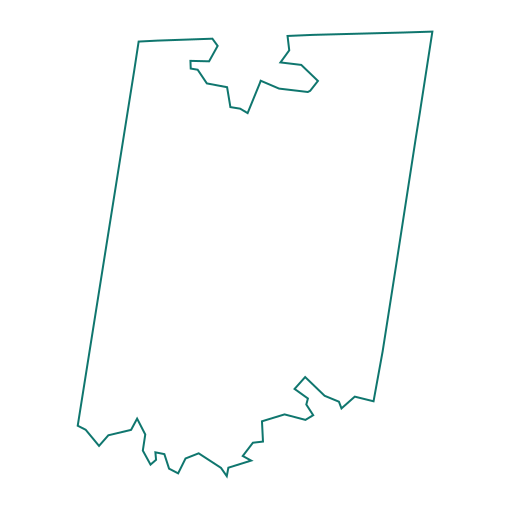 Pittsylvania, Virginia, United States of America (Natural Earth projection), rotated 178°
{"feature_id": "52423323B30264122776798", "entity_name": "Pittsylvania", "entity_type": "district", "adm_level": 2, "iso_a3": "USA", "parent_name": "United States of America", "parent_adm1": "Virginia", "projection": "natural_earth1", "projection_center": [-79.393, 36.839], "detail": "fine", "context": "isolated", "style": "outline", "palette": "teal", "viewbox_px": 512, "rotation_deg": 178, "n_neighbors": 0, "source": "geoboundaries", "source_scale": "gbopen_adm2", "svg_char_len": 999}
<svg xmlns="http://www.w3.org/2000/svg" viewBox="0 0 512 512"><g transform="rotate(178 256 256)"><path d="M292.0,474.7L347.2,474.7L365.8,474.4L371.3,445.3L401.4,291.1L440.1,92.6L432.3,88.3L419.5,71.7L409.8,82.0L386.9,86.6L380.5,97.6L372.9,81.5L375.9,65.5L368.7,51.2L363.0,55.8L363.4,63.3L354.5,61.2L350.3,46.5L341.4,41.5L333.5,56.1L320.2,60.8L298.4,45.5L292.9,37.0L291.0,45.4L268.0,51.7L276.2,56.6L265.6,69.5L255.5,70.3L255.8,90.6L233.0,96.7L212.3,90.5L204.4,94.9L210.9,105.8L209.1,111.8L222.1,121.8L211.1,133.3L192.3,113.9L178.2,107.5L175.9,100.7L162.2,112.0L143.6,106.7L132.8,156.1L116.0,243.3L92.1,368.8L87.0,394.8L86.4,398.1L71.9,474.1L100.0,474.2L100.3,474.2L191.0,475.0L192.8,475.0L216.8,474.8L215.6,460.4L224.8,448.6L204.1,445.4L188.0,428.8L196.1,419.2L198.5,418.1L227.1,422.5L245.2,431.0L246.0,428.9L259.4,399.1L266.7,403.8L276.4,405.7L279.0,425.7L299.1,430.2L307.8,444.2L314.7,445.6L314.7,453.3L296.1,452.2L287.0,467.3L292.0,474.7Z" fill="none" stroke="#0f766e" stroke-width="2"/></g></svg>